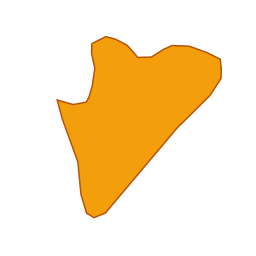 outline of East Renfrewshire, rotated 286°
{"feature_id": "GBR-2003", "entity_name": "East Renfrewshire", "entity_type": "Unitary District", "adm_level": 1, "iso_a3": "GBR", "parent_name": "United Kingdom", "parent_adm1": "", "projection": "orthographic", "projection_center": [-4.331, 55.752], "detail": "fine", "context": "isolated", "style": "filled", "palette": "amber", "viewbox_px": 256, "rotation_deg": 286, "n_neighbors": 0, "source": "natural_earth", "source_scale": "10m", "svg_char_len": 547}
<svg xmlns="http://www.w3.org/2000/svg" viewBox="0 0 256 256"><g transform="rotate(286 128 128)"><path d="M32.5,120.0L32.6,119.8L33.6,116.0L34.6,111.7L51.4,101.0L81.7,89.1L117.9,62.8L135.4,52.2L135.4,68.8L141.4,80.8L147.5,82.0L158.9,82.0L176.3,79.6L189.8,72.4L199.1,70.0L209.7,81.4L209.9,91.5L207.2,104.6L201.9,113.0L198.5,117.8L202.6,130.9L213.3,140.4L219.4,147.6L223.5,164.3L222.2,183.4L219.5,197.8L210.7,201.3L203.0,203.3L201.3,203.8L181.8,197.8L141.4,175.1L39.9,129.6L32.5,120.0Z" fill="#f59e0b" stroke="#b45309" stroke-width="1.5"/></g></svg>